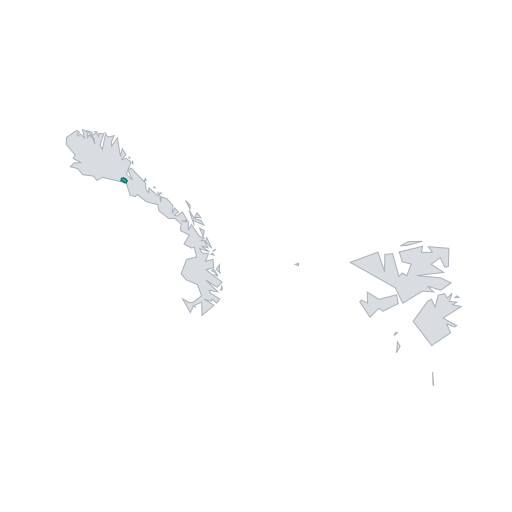 Meråker nor, Nord-Trøndelag, Norway shown in context, rotated 103°
{"feature_id": "86288312B15566061957795", "entity_name": "Meråker nor", "entity_type": "district", "adm_level": 2, "iso_a3": "NOR", "parent_name": "Norway", "parent_adm1": "Nord-Trøndelag", "projection": "mercator", "projection_center": [11.797, 63.407], "detail": "fine", "context": "in_parent", "style": "filled", "palette": "teal", "viewbox_px": 512, "rotation_deg": 103, "n_neighbors": 0, "source": "geoboundaries", "source_scale": "gbopen_adm2", "svg_char_len": 4352}
<svg xmlns="http://www.w3.org/2000/svg" viewBox="0 0 512 512"><g transform="rotate(103 256 256)"><path d="M270.2,313.7L261.4,318.0L262.8,320.8L260.5,328.9L250.6,325.6L248.3,335.2L241.5,336.3L237.6,343.6L239.2,349.4L233.7,360.7L228.1,363.3L227.7,375.3L222.8,385.5L225.3,387.1L225.2,392.2L214.0,398.9L213.9,423.3L218.2,427.9L214.7,432.3L215.8,443.1L211.0,449.3L210.8,457.0L206.0,454.0L204.5,447.2L202.1,456.1L198.3,454.9L190.0,466.0L183.1,467.3L174.2,459.3L174.8,456.0L177.7,457.7L179.3,456.2L176.4,455.0L179.5,449.6L171.9,453.5L172.9,448.7L178.4,446.6L175.5,446.0L177.9,441.6L183.0,438.3L178.0,440.3L172.0,448.7L172.4,443.4L175.2,442.9L171.9,439.1L175.0,436.1L171.8,436.7L171.2,431.8L183.3,432.9L186.7,429.7L171.8,430.0L173.2,426.3L170.7,421.3L177.2,422.5L181.5,421.4L172.0,417.7L189.6,410.4L181.5,410.5L186.5,405.5L192.8,408.9L190.0,404.7L192.5,398.9L205.5,400.7L209.7,393.4L201.3,400.0L198.4,397.4L209.9,379.9L216.0,378.2L218.4,374.8L213.7,375.6L219.1,365.8L217.6,363.7L225.1,360.8L219.6,361.8L220.2,355.7L225.5,348.4L233.3,347.1L227.5,346.0L230.6,341.3L234.4,344.8L235.0,342.2L229.6,337.6L236.9,330.9L238.7,336.5L238.0,329.5L246.1,327.7L239.9,326.0L249.4,315.7L250.3,310.4L253.9,313.0L252.4,310.0L258.8,304.6L258.6,311.2L262.6,302.2L261.3,312.6L265.1,309.5L264.4,302.8L272.5,304.1L268.8,297.2L276.7,294.7L280.7,301.5L289.1,283.2L295.2,286.7L290.8,299.3L299.5,285.0L300.0,294.0L302.4,292.2L306.1,281.7L310.8,283.8L307.9,289.2L310.1,289.4L309.6,296.9L313.4,285.9L326.1,295.2L313.1,298.7L318.6,305.7L325.9,307.3L314.2,317.9L316.4,310.3L315.3,306.9L307.0,300.1L297.0,306.6L295.0,318.5L290.2,325.0L275.1,322.9L270.2,313.7ZM238.3,59.8L247.8,68.3L246.8,82.0L251.1,74.8L252.8,86.0L269.0,102.3L255.6,113.2L241.0,162.8L224.8,138.1L242.3,127.2L225.4,130.8L223.0,123.4L243.8,112.1L239.5,109.5L241.5,104.7L229.0,102.9L228.7,112.1L219.8,117.4L209.1,95.8L215.3,95.7L212.8,85.0L208.2,90.2L205.1,69.7L223.0,66.2L224.4,69.6L216.2,76.0L224.6,83.5L229.8,69.4L238.9,95.0L235.8,71.4L238.3,59.8ZM259.1,44.7L274.4,59.8L278.7,44.8L280.5,46.6L279.3,55.0L287.0,49.1L303.7,64.7L284.3,88.2L261.5,78.6L258.7,75.3L265.4,70.0L253.1,69.6L250.3,63.9L253.9,60.2L248.3,56.5L256.8,57.5L255.8,49.9L259.2,53.6L259.1,44.7ZM270.3,106.7L281.3,119.9L279.3,124.5L290.0,131.2L277.4,144.5L275.2,143.4L276.7,136.8L266.2,139.4L270.6,126.4L262.1,110.3L270.3,106.7ZM235.4,325.5L240.1,323.0L226.4,331.6L233.3,324.7L233.7,317.6L237.6,313.7L235.4,325.5ZM242.8,312.2L249.2,311.7L241.6,317.1L242.8,312.2ZM249.1,308.1L258.4,300.9L253.4,308.5L249.1,308.1ZM204.3,97.3L211.9,111.5L213.6,117.5L207.7,110.7L204.3,97.3ZM231.1,318.3L232.2,324.6L227.1,323.1L231.1,318.3ZM281.2,286.7L277.6,291.7L272.6,289.6L278.4,288.6L281.2,286.7ZM281.9,290.3L280.2,296.0L278.1,294.5L281.9,290.3ZM220.7,332.0L225.6,330.6L220.3,334.7L220.7,332.0ZM341.6,54.6L329.2,57.8L342.1,53.9L341.6,54.6ZM311.5,95.3L318.6,97.3L307.8,98.9L311.5,95.3ZM292.4,282.7L296.2,281.4L297.4,282.6L292.4,282.7ZM284.3,288.8L283.5,291.9L282.6,289.3L284.3,288.8ZM264.6,297.2L264.5,300.3L263.1,299.2L264.6,297.2ZM255.8,212.3L255.3,215.9L253.5,213.0L255.8,212.3ZM302.5,103.6L299.3,102.9L299.0,101.0L302.5,103.6ZM207.1,379.9L208.0,381.9L205.4,381.4L207.1,379.9ZM258.3,296.6L260.2,297.7L261.2,299.5L258.3,296.6ZM250.5,49.0L251.9,52.9L249.7,51.4L250.5,49.0ZM193.7,397.5L190.8,397.7L193.9,396.6L193.7,397.5ZM189.5,400.6L188.4,402.2L187.9,401.4L189.5,400.6ZM219.5,335.3L217.8,337.4L219.6,333.8L219.5,335.3ZM171.4,439.7L171.1,442.0L170.9,439.0L171.4,439.7ZM216.4,364.1L215.7,362.5L216.6,362.6L216.4,364.1ZM319.4,302.9L319.0,305.3L318.9,304.9L319.4,302.9ZM217.2,365.7L215.5,366.1L217.6,365.3L217.2,365.7ZM212.2,369.5L212.3,371.1L211.5,370.6L212.2,369.5ZM170.6,429.8L169.9,431.3L170.1,430.1L170.6,429.8Z" fill="#d9dde1" stroke="#a8b0b8" stroke-width="1"/><path d="M213.2,404.4L213.1,404.0L212.9,403.6L212.8,403.3L213.0,402.8L213.1,402.7L213.3,402.4L213.4,402.1L213.5,401.9L213.8,401.4L214.0,401.0L214.1,400.8L214.1,400.7L214.1,400.0L214.0,399.8L213.9,399.2L213.8,398.9L213.1,398.9L212.8,398.9L212.4,398.7L211.8,398.4L211.4,398.9L211.3,399.0L211.1,399.2L211.0,399.4L210.8,399.6L210.6,400.0L210.3,400.4L210.2,400.5L210.1,400.8L210.0,401.4L209.9,401.8L209.7,402.5L210.2,403.4L210.7,404.5L211.0,404.4L211.3,404.4L211.5,404.4L211.8,404.4L212.0,404.3L212.3,404.3L212.5,404.3L212.8,404.3L213.0,404.4L213.2,404.4Z" fill="#14b8a6" stroke="#0f766e" stroke-width="1.5"/></g></svg>